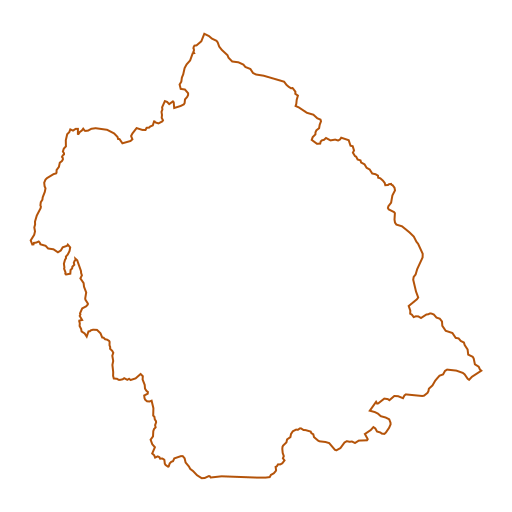 outline of Huong Khe, Ha Tinh, Vietnam
{"feature_id": "81297802B53129181429645", "entity_name": "Huong Khe", "entity_type": "district", "adm_level": 2, "iso_a3": "VNM", "parent_name": "Vietnam", "parent_adm1": "Ha Tinh", "projection": "natural_earth1", "projection_center": [105.668, 18.193], "detail": "fine", "context": "isolated", "style": "outline", "palette": "amber", "viewbox_px": 512, "rotation_deg": 0, "n_neighbors": 0, "source": "geoboundaries", "source_scale": "gbopen_adm2", "svg_char_len": 5958}
<svg xmlns="http://www.w3.org/2000/svg" viewBox="0 0 512 512"><path d="M413.2,279.7L413.7,276.9L415.6,274.5L417.2,269.1L422.6,257.4L422.7,253.8L418.1,243.8L416.4,241.7L413.8,236.6L409.5,232.4L402.0,226.3L396.4,224.6L395.0,222.6L394.5,219.6L394.9,213.2L394.1,212.1L388.7,209.4L387.9,208.0L388.4,206.2L391.1,202.7L392.4,195.4L395.0,190.4L394.5,187.7L392.6,185.2L391.5,184.8L391.1,183.9L389.0,184.2L388.0,185.0L385.3,185.2L384.7,182.9L382.9,180.6L380.3,178.3L378.2,177.7L378.0,175.7L375.5,174.2L372.2,173.5L369.7,169.5L366.6,167.8L364.5,164.3L361.1,162.5L360.5,160.4L357.6,159.5L356.2,156.7L355.0,156.1L352.9,152.7L354.0,150.4L352.7,146.2L350.5,145.7L348.7,140.2L341.2,137.7L340.0,139.5L338.1,140.5L335.2,139.6L330.5,140.4L326.0,138.0L323.9,139.9L322.0,140.3L320.7,141.5L320.2,143.6L317.0,143.8L311.7,139.9L312.7,137.1L315.4,134.4L315.5,132.3L316.4,130.3L319.1,128.2L319.7,124.7L321.0,121.3L320.5,119.6L317.3,118.3L313.4,114.7L306.9,112.8L298.8,107.4L295.6,106.0L296.3,103.8L296.7,99.8L297.9,95.6L295.3,93.8L295.4,91.7L292.9,88.4L292.5,88.0L291.1,88.3L288.7,86.8L286.5,84.9L284.1,81.7L263.6,75.7L256.0,74.5L253.0,73.0L250.4,69.0L245.4,67.0L243.4,64.6L238.4,62.3L232.2,61.5L228.5,57.7L227.5,55.2L221.8,49.9L219.2,46.6L217.7,42.4L216.5,40.8L211.9,38.6L209.0,36.1L204.3,33.8L201.3,41.3L196.5,45.4L194.5,45.6L193.8,46.7L193.4,48.2L193.9,49.2L193.9,50.7L193.4,51.8L194.1,53.1L192.7,53.3L190.1,60.5L186.6,64.4L184.6,68.1L183.2,74.4L181.9,77.5L181.3,81.7L179.6,84.5L180.7,88.9L184.9,89.5L188.1,93.2L188.1,95.0L187.2,96.9L185.0,99.4L184.6,103.1L183.8,104.4L180.6,106.0L174.2,108.0L173.7,102.3L172.9,101.4L169.2,104.1L167.1,101.9L164.9,101.1L162.1,107.3L162.4,109.4L161.5,111.9L162.0,115.0L161.7,117.8L163.0,120.3L162.3,121.4L158.5,123.4L155.9,122.6L154.4,121.5L154.3,120.6L152.8,125.4L150.2,126.5L149.1,127.6L146.6,127.8L145.5,130.0L142.3,129.9L136.6,128.1L132.4,133.5L131.1,136.0L132.4,139.3L130.5,141.0L122.4,143.3L119.5,139.1L118.1,139.0L117.5,136.9L114.1,133.4L107.1,129.8L95.6,128.2L91.3,128.8L88.1,130.6L85.6,130.9L84.7,130.7L83.2,128.7L81.8,130.6L79.9,131.9L78.5,134.0L77.9,133.9L77.9,128.9L75.6,128.9L73.0,130.6L70.3,129.4L69.3,132.1L67.2,134.2L65.8,140.2L65.9,146.4L63.8,148.6L62.9,151.5L64.0,153.3L64.0,154.4L62.8,155.4L62.0,156.9L62.8,158.0L62.9,159.4L61.9,161.1L59.8,162.7L58.9,166.9L56.6,170.0L56.5,172.7L56.1,173.4L53.6,174.1L47.0,178.1L45.5,179.6L44.2,182.7L44.6,186.3L45.5,188.3L44.8,191.9L42.7,197.3L42.4,199.7L40.8,202.2L40.4,205.3L40.9,206.7L40.6,208.2L36.8,215.5L35.0,221.6L35.1,224.5L34.3,227.4L35.0,231.4L34.2,234.8L30.7,240.4L32.3,244.5L33.5,244.4L33.9,242.9L36.2,242.6L38.7,241.5L39.8,242.7L40.4,244.3L45.6,245.8L48.1,248.5L53.5,249.3L57.9,252.3L60.8,250.5L62.7,247.3L67.1,245.8L67.8,244.6L70.2,247.4L69.5,251.1L67.7,254.6L65.9,256.6L66.0,258.2L65.0,259.8L63.9,263.7L64.4,267.5L64.1,268.7L65.5,272.4L65.3,273.7L66.0,274.5L70.3,273.7L70.6,269.9L72.1,268.5L72.4,266.6L74.3,264.8L73.8,262.8L74.7,260.7L75.6,260.0L75.4,258.7L77.2,260.3L81.0,271.1L81.1,273.0L81.9,275.3L80.4,278.4L83.6,283.1L84.0,286.7L86.2,292.5L85.2,298.4L85.4,299.7L87.9,303.6L87.8,304.5L86.2,306.3L82.2,308.4L80.0,313.4L80.4,314.4L79.7,315.9L82.1,320.0L79.3,320.6L79.2,321.1L79.8,323.3L79.6,326.0L81.1,328.9L81.6,331.5L84.6,333.4L86.7,336.6L88.5,331.4L89.8,331.3L90.9,330.3L93.1,329.7L97.0,329.9L100.5,333.3L102.2,337.5L103.6,337.7L105.0,339.2L107.2,339.7L109.2,341.0L109.6,341.9L109.5,345.2L110.2,347.1L110.1,348.8L112.2,350.8L113.3,352.8L112.3,355.7L113.2,361.0L112.4,364.9L113.2,372.1L113.1,375.9L113.8,378.5L117.0,378.8L118.6,379.8L119.9,379.9L122.7,379.3L124.2,378.2L127.3,379.8L129.1,378.8L130.6,380.0L135.6,378.4L140.6,374.0L142.8,376.2L142.6,379.5L144.7,384.9L145.0,388.6L146.4,390.8L147.9,392.0L147.7,393.7L144.2,395.5L144.5,398.1L145.1,399.6L147.0,401.3L149.5,401.5L151.6,400.7L153.4,408.2L153.2,415.6L154.4,416.8L154.8,419.4L156.0,421.2L156.1,422.4L155.1,425.1L155.6,427.4L154.1,428.9L153.3,431.1L153.0,436.4L150.6,439.7L152.3,444.3L154.9,447.2L152.2,453.5L154.2,455.3L155.1,457.6L157.7,456.4L159.4,457.2L160.1,458.7L162.2,458.5L163.7,459.3L164.4,460.0L164.8,463.7L165.6,465.0L168.1,466.7L168.7,466.4L169.7,463.4L171.3,461.8L173.0,461.2L174.3,458.4L181.0,456.1L182.7,456.1L184.6,458.3L185.6,462.5L189.0,466.6L190.2,468.9L193.1,471.1L197.0,475.2L201.7,478.2L204.7,478.0L208.8,476.1L209.7,476.2L210.7,477.5L221.6,476.3L257.1,477.6L265.6,477.6L269.7,477.1L270.9,474.9L273.8,473.3L275.7,471.1L276.1,470.2L275.6,466.9L276.8,466.3L278.0,464.4L280.3,464.4L282.3,463.3L284.5,460.4L282.9,458.3L283.8,456.1L282.7,453.0L282.3,448.9L282.5,446.8L283.1,445.6L286.4,442.4L287.1,439.4L290.4,437.1L291.0,434.0L292.8,431.3L296.1,429.6L297.9,429.8L299.9,428.4L301.0,428.4L303.5,430.0L305.6,430.1L310.7,431.6L311.4,433.2L313.3,434.3L314.0,437.1L318.2,440.7L319.5,441.3L325.5,442.0L329.2,443.1L334.9,449.8L336.4,450.3L340.4,448.1L344.5,442.5L346.8,441.2L349.7,441.8L351.9,441.5L355.0,443.0L358.8,440.6L367.0,440.3L367.7,439.3L367.6,438.9L364.9,434.0L370.8,430.0L373.4,427.1L375.3,428.4L377.0,431.5L380.4,432.5L381.8,433.6L384.4,433.9L385.9,432.5L389.1,427.8L390.6,424.3L390.5,422.7L389.2,419.3L385.6,417.5L380.8,416.2L377.9,413.6L374.9,412.1L369.8,410.7L376.1,401.8L377.1,403.6L378.2,403.4L384.3,398.6L387.8,399.1L389.4,400.2L394.3,396.0L398.1,396.2L403.0,398.2L404.4,395.5L405.8,394.4L422.2,396.0L424.0,395.7L427.5,392.9L428.4,391.2L428.9,388.7L432.5,385.4L435.2,380.7L437.3,378.2L439.5,375.7L443.1,374.4L445.0,370.9L447.1,369.6L456.3,370.6L462.8,372.9L464.6,374.3L467.7,378.8L469.1,379.8L471.9,376.8L481.3,370.7L479.9,369.4L478.7,366.7L474.9,364.3L473.7,358.5L472.7,356.8L468.2,354.6L467.6,349.5L464.7,345.1L463.9,342.5L460.8,341.0L458.6,338.4L455.7,337.9L452.4,333.0L445.7,330.8L442.3,325.8L442.0,321.5L439.8,318.7L436.5,317.6L433.8,314.5L431.5,313.6L430.1,313.4L428.2,314.3L426.4,314.5L421.0,318.0L418.3,316.4L415.8,316.3L413.7,317.1L411.9,314.7L410.2,313.7L410.3,310.7L408.7,306.0L416.9,299.3L418.2,297.5L416.0,291.5L413.2,279.7Z" fill="none" stroke="#b45309" stroke-width="2"/></svg>